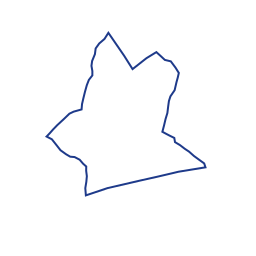 the district of Puxinanã, Paraíba, Brazil, rotated 226°
{"feature_id": "56859067B54792005713933", "entity_name": "Puxinanã", "entity_type": "district", "adm_level": 2, "iso_a3": "BRA", "parent_name": "Brazil", "parent_adm1": "Paraíba", "projection": "natural_earth1", "projection_center": [-35.958, -7.148], "detail": "fine", "context": "isolated", "style": "outline", "palette": "blue", "viewbox_px": 256, "rotation_deg": 226, "n_neighbors": 0, "source": "geoboundaries", "source_scale": "gbopen_adm2", "svg_char_len": 993}
<svg xmlns="http://www.w3.org/2000/svg" viewBox="0 0 256 256"><g transform="rotate(226 128 128)"><path d="M210.1,180.0L208.4,173.0L208.8,166.0L207.7,160.0L204.1,155.5L201.1,148.7L198.1,144.9L193.7,141.9L190.6,138.9L189.8,133.3L187.4,128.1L184.0,122.3L180.1,116.1L177.1,111.5L173.6,107.5L177.5,100.3L179.0,95.8L179.0,88.3L179.2,79.2L179.0,73.2L178.6,68.2L178.4,63.5L172.8,65.4L165.6,64.7L158.9,64.0L152.2,65.2L147.5,66.5L144.2,69.4L138.8,71.2L133.5,70.9L129.3,71.2L126.3,68.2L121.9,64.9L118.2,60.6L114.4,55.5L108.8,50.9L99.0,71.5L81.9,100.0L72.8,114.9L64.5,128.8L61.5,133.9L45.9,156.4L49.6,158.2L55.2,157.2L62.1,156.0L68.6,155.5L73.6,154.4L79.6,153.5L85.2,152.0L88.7,154.4L93.4,152.7L97.3,151.4L101.4,150.1L104.8,155.7L108.4,161.3L111.4,166.7L115.7,172.0L119.0,176.2L121.3,180.5L122.8,187.8L127.4,194.9L129.7,198.8L132.3,202.8L138.4,204.1L146.2,205.1L151.4,201.8L157.2,201.5L162.9,201.1L165.4,189.8L167.2,172.2L182.6,175.4L210.1,180.0Z" fill="none" stroke="#1e3a8a" stroke-width="2"/></g></svg>